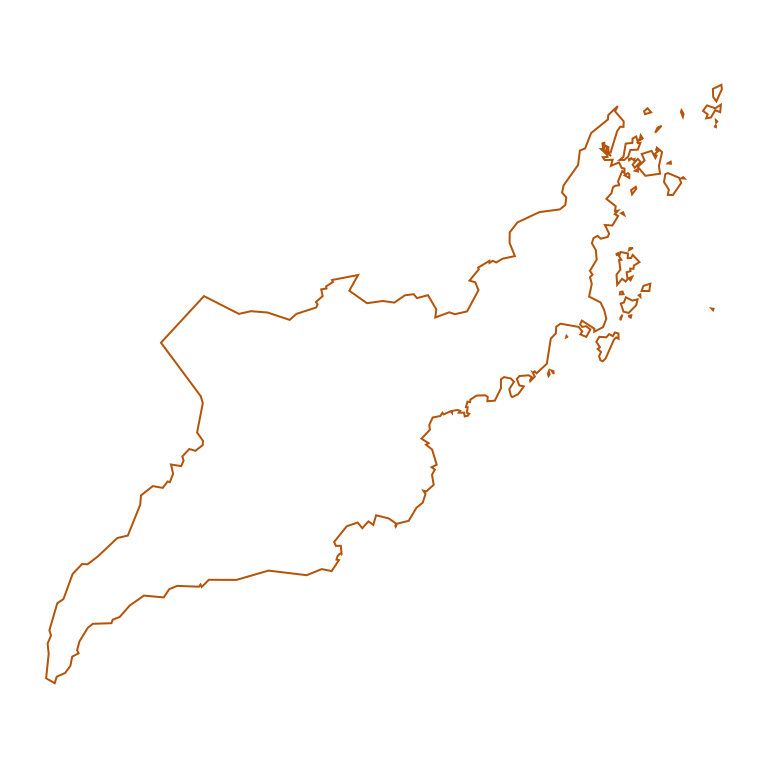 Iloilo, Iloilo, Philippines
{"feature_id": "2640588B17162343229623", "entity_name": "Iloilo", "entity_type": "district", "adm_level": 2, "iso_a3": "PHL", "parent_name": "Philippines", "parent_adm1": "Iloilo", "projection": "orthographic", "projection_center": [122.982, 11.053], "detail": "fine", "context": "isolated", "style": "outline", "palette": "amber", "viewbox_px": 768, "rotation_deg": 0, "n_neighbors": 0, "source": "geoboundaries", "source_scale": "gbopen_adm2", "svg_char_len": 6136}
<svg xmlns="http://www.w3.org/2000/svg" viewBox="0 0 768 768"><path d="M54.7,683.2L56.7,676.7L65.1,673.0L70.4,665.9L72.2,656.6L78.6,653.3L77.1,650.2L79.5,641.3L87.8,627.8L92.9,623.8L111.4,623.2L112.7,619.7L119.7,617.0L129.6,605.6L143.9,595.6L163.8,597.4L169.2,589.2L177.1,585.9L199.0,586.7L200.5,584.5L201.7,587.0L208.8,579.8L236.4,579.9L268.5,570.6L306.7,575.2L321.7,569.1L331.6,571.1L339.0,560.1L336.5,559.6L337.6,556.0L339.4,554.1L340.7,553.5L341.5,554.2L341.6,553.9L340.8,545.8L336.0,545.9L334.1,542.0L346.7,526.3L357.6,522.5L362.3,528.2L368.4,521.4L373.3,524.9L376.1,515.3L388.7,518.4L396.1,523.5L395.3,526.0L395.7,526.7L396.8,523.8L408.7,520.8L416.5,507.7L422.7,502.7L425.5,494.0L423.4,490.7L426.3,491.4L433.7,484.8L432.0,474.8L434.8,469.6L431.6,467.2L436.7,464.7L432.1,449.5L426.0,444.7L428.6,443.2L421.5,438.7L429.9,429.7L429.3,424.8L432.7,417.5L440.3,416.0L442.4,412.8L443.6,414.4L450.7,411.2L452.0,412.8L452.0,410.9L457.4,410.0L460.1,410.8L458.8,412.7L464.1,412.7L464.7,416.4L467.7,415.8L469.2,413.8L466.9,412.7L467.7,407.3L465.9,407.2L467.5,401.6L470.1,402.1L470.4,399.6L476.5,395.6L485.3,395.3L487.7,396.9L487.4,401.2L494.8,400.7L501.0,388.2L500.9,379.3L504.1,377.1L510.8,378.5L514.0,381.8L509.3,389.1L510.9,395.6L512.2,397.1L518.2,394.2L523.8,386.4L519.4,385.5L516.8,378.9L519.5,376.0L528.6,375.3L531.6,377.0L530.1,380.3L530.3,381.2L534.8,376.6L532.8,372.6L533.1,372.8L534.0,371.7L534.7,371.3L536.5,373.3L546.8,363.8L550.8,338.6L555.9,333.3L556.2,326.8L560.4,323.7L578.6,326.9L582.3,331.5L580.3,334.4L586.3,336.9L590.4,329.4L586.0,326.2L582.1,326.9L580.1,324.3L581.9,320.6L594.4,328.7L594.2,331.7L603.0,327.2L606.3,318.8L604.3,310.2L600.5,302.4L589.1,296.6L591.8,283.8L590.0,277.1L592.6,274.7L589.9,270.9L596.7,259.6L595.8,250.0L591.9,243.3L593.5,238.1L597.5,235.9L600.8,238.7L607.8,236.9L609.1,233.5L604.9,225.0L612.4,225.5L618.1,215.9L614.8,214.2L618.1,210.6L615.0,211.2L615.7,206.2L606.4,198.9L611.4,193.3L613.0,187.2L615.5,185.7L618.9,185.3L619.3,184.9L618.0,181.5L622.2,171.1L624.5,173.2L624.5,168.6L621.7,167.9L619.0,162.4L610.9,165.9L612.6,159.8L604.8,160.1L602.8,157.2L607.5,157.0L607.2,154.8L600.9,149.0L603.3,148.9L602.4,143.4L604.3,142.8L604.4,145.1L608.4,147.1L608.4,152.2L610.6,152.5L617.1,131.3L620.2,126.7L623.5,126.9L623.7,121.4L615.1,111.4L617.7,106.1L608.3,115.0L607.9,119.5L591.1,133.1L585.1,148.4L579.9,150.6L578.1,164.9L563.6,185.4L562.1,192.7L566.3,197.4L565.3,205.0L559.8,209.4L539.4,212.1L517.6,222.3L509.7,232.3L509.6,243.0L514.9,256.1L502.5,258.7L496.2,262.5L492.7,260.8L489.5,262.9L489.4,260.9L478.1,267.6L478.8,269.4L469.5,280.6L475.3,282.3L478.5,290.2L467.1,311.4L454.9,314.2L449.2,312.3L435.3,317.5L436.3,309.5L428.0,295.2L417.0,298.1L413.7,294.2L404.9,295.3L394.4,302.6L382.8,301.0L367.0,303.2L349.3,290.7L358.1,275.0L332.0,280.0L332.8,282.1L326.1,286.4L326.5,288.5L321.2,289.4L322.7,296.1L315.9,302.0L317.6,304.4L316.2,307.5L296.4,313.9L289.7,319.9L267.5,312.5L250.9,311.2L238.9,313.9L204.0,296.1L161.0,342.7L200.8,396.3L202.8,403.2L197.1,432.5L203.0,440.9L202.7,445.1L195.4,450.8L189.3,449.0L182.3,456.5L183.6,460.6L181.2,466.1L171.0,464.5L173.1,473.9L169.8,482.2L167.6,481.5L162.8,487.9L152.8,486.1L141.0,495.4L140.2,504.8L127.8,535.6L117.3,538.0L97.9,556.4L87.5,564.3L82.1,564.0L72.6,574.0L63.5,599.0L57.3,603.2L49.4,630.3L51.0,635.6L47.6,643.5L48.7,653.8L46.1,678.3L54.7,683.2ZM656.9,147.6L656.1,150.0L658.1,151.2L654.4,154.3L656.6,155.5L655.4,158.0L651.6,150.9L641.7,154.0L644.6,160.4L637.8,166.9L645.3,175.8L660.1,173.7L658.9,166.0L662.1,152.1L656.9,147.6ZM628.0,253.5L620.6,252.0L619.1,256.3L621.3,259.8L619.1,260.1L620.4,269.6L616.5,274.7L617.2,284.9L622.1,278.8L625.7,281.5L627.6,278.9L626.6,272.2L630.5,271.2L630.2,268.6L633.5,268.8L633.9,265.5L639.5,262.1L632.7,254.9L631.1,258.0L627.7,258.1L628.0,253.5ZM614.9,332.5L612.8,336.2L609.2,334.1L606.4,337.3L599.3,336.8L596.3,341.8L600.0,347.2L597.7,349.0L601.0,352.0L599.1,356.2L600.4,360.2L602.8,361.3L605.6,358.5L614.0,339.5L616.3,337.4L618.6,338.7L618.4,333.4L614.9,332.5ZM667.9,173.1L665.3,174.1L664.0,182.0L668.8,189.7L667.8,194.9L672.9,195.0L681.2,183.0L679.2,177.8L667.9,173.1ZM636.2,136.5L632.6,138.5L632.4,142.9L625.7,143.6L623.5,156.8L619.6,159.9L624.2,160.0L628.2,156.6L630.3,150.0L637.8,149.6L640.4,142.8L638.1,143.1L636.2,136.5ZM625.9,297.3L623.9,302.5L620.8,303.5L623.5,311.7L628.7,312.9L636.2,305.2L637.6,299.3L632.3,300.6L625.9,297.3ZM720.9,104.7L715.2,108.3L707.0,105.4L703.0,110.9L707.7,114.3L706.2,118.3L710.9,117.5L715.2,110.2L720.2,112.2L720.9,104.7ZM721.4,84.8L712.9,88.9L713.2,97.0L716.4,101.4L721.9,89.1L721.4,84.8ZM650.3,283.7L643.4,285.9L641.6,291.0L649.3,291.0L650.3,283.7ZM637.8,158.9L632.6,164.6L634.7,167.8L640.5,161.9L637.8,158.9ZM647.5,108.2L644.1,111.2L645.0,114.2L651.1,112.3L647.5,108.2ZM604.4,146.1L603.7,149.9L611.0,156.1L606.1,150.9L606.9,146.8L604.4,146.1ZM635.7,186.8L631.1,190.1L632.1,194.3L636.3,188.7L635.7,186.8ZM661.6,125.8L657.5,127.7L655.2,132.7L661.6,125.8ZM640.7,135.4L640.2,137.8L638.4,140.9L642.7,138.5L640.7,135.4ZM622.5,291.5L620.2,292.1L619.9,294.4L623.5,294.2L622.5,291.5ZM682.9,116.8L683.6,114.0L681.5,110.3L680.9,112.0L682.9,116.8ZM627.9,173.1L624.6,175.3L629.3,177.9L629.4,174.5L627.9,173.1ZM632.2,276.7L628.7,278.3L630.5,280.3L632.2,276.7ZM637.8,169.0L635.0,170.8L637.9,171.5L637.8,169.0ZM633.0,248.0L629.6,248.1L629.0,250.1L633.0,248.0ZM548.9,371.2L547.8,373.7L548.6,376.0L549.6,374.5L548.9,371.2ZM553.4,371.1L551.5,370.5L553.8,373.9L553.4,371.1ZM620.5,320.3L622.4,314.7L620.4,318.1L620.5,320.3ZM670.7,161.7L667.9,163.1L667.6,163.5L670.9,163.7L670.7,161.7ZM631.3,315.3L629.1,315.7L629.1,316.7L630.8,317.6L631.3,315.3ZM632.3,158.0L628.9,159.1L629.1,160.2L632.3,158.0ZM684.6,178.6L683.3,177.2L681.4,178.3L684.6,178.6ZM713.5,308.8L711.5,308.5L713.0,310.2L713.5,308.8ZM624.2,215.0L623.2,212.3L621.1,213.2L624.2,215.0ZM717.2,121.4L715.9,120.2L716.2,122.6L717.2,121.4ZM618.2,253.1L616.5,253.9L616.8,255.1L618.1,255.0L618.2,253.1ZM640.4,296.9L640.3,294.5L638.8,295.3L640.4,296.9ZM634.1,160.6L634.5,159.0L633.0,159.5L634.1,160.6ZM714.9,126.7L715.9,127.1L715.9,124.8L714.9,126.7ZM566.1,337.4L567.2,336.8L566.5,335.9L566.1,337.4Z" fill="none" stroke="#b45309" stroke-width="2"/></svg>